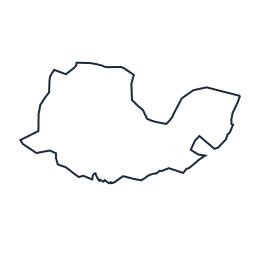 Kwami, Gombe, Nigeria (Mercator projection), rotated 12°
{"feature_id": "59680162B2944873791560", "entity_name": "Kwami", "entity_type": "district", "adm_level": 2, "iso_a3": "NGA", "parent_name": "Nigeria", "parent_adm1": "Gombe", "projection": "mercator", "projection_center": [11.234, 10.491], "detail": "fine", "context": "isolated", "style": "outline", "palette": "slate", "viewbox_px": 256, "rotation_deg": 12, "n_neighbors": 0, "source": "geoboundaries", "source_scale": "gbopen_adm2", "svg_char_len": 2125}
<svg xmlns="http://www.w3.org/2000/svg" viewBox="0 0 256 256"><g transform="rotate(12 128 128)"><path d="M230.3,73.3L226.8,73.2L223.3,73.0L218.2,72.8L210.0,72.5L203.7,72.2L196.5,71.9L184.1,77.4L174.4,87.9L169.7,104.6L169.1,107.7L167.0,112.4L164.8,115.7L164.5,116.1L164.4,116.1L156.8,116.2L155.7,116.3L152.8,116.2L149.2,115.9L144.8,115.0L138.9,107.4L132.6,104.0L126.1,99.8L122.1,84.0L122.4,79.0L122.7,74.9L119.7,73.6L111.6,70.3L108.5,69.8L94.5,72.9L92.3,73.0L89.9,72.3L83.5,72.1L77.8,72.3L64.1,74.8L64.4,77.6L62.6,80.6L56.1,88.3L43.7,86.5L42.1,90.6L41.1,93.8L41.3,97.5L43.4,109.6L40.6,115.4L37.4,123.7L37.7,133.2L41.0,149.6L25.2,162.2L28.4,165.5L43.6,171.5L56.2,166.3L62.8,167.7L63.7,172.2L66.9,178.2L75.5,179.4L85.7,184.3L88.3,185.4L90.1,186.2L94.3,184.0L103.6,185.8L103.7,185.4L103.5,182.5L103.6,181.3L103.9,180.6L104.4,179.9L105.6,179.1L106.1,180.2L108.8,183.7L109.2,184.1L109.9,184.7L110.9,185.6L111.4,184.4L113.4,185.2L114.3,185.5L114.9,185.7L115.1,185.6L115.9,183.9L116.2,184.1L116.3,184.2L116.6,184.2L116.9,184.3L117.0,184.4L117.1,184.5L117.5,184.6L117.8,184.7L118.0,184.7L118.1,184.8L118.6,185.0L118.8,185.1L119.0,185.2L119.2,185.3L119.4,185.3L119.5,185.4L119.8,185.5L120.0,185.5L120.4,185.7L120.6,185.8L120.8,185.9L121.0,185.9L121.4,185.9L121.5,185.8L121.6,185.7L122.0,185.6L122.0,185.4L122.4,185.1L122.5,185.2L122.6,185.3L122.8,185.2L123.0,185.2L122.9,184.8L123.2,184.9L123.3,185.0L123.6,184.9L123.7,185.1L123.8,185.2L124.1,184.9L125.6,184.3L126.6,183.3L133.1,176.2L136.0,176.2L143.7,176.6L151.8,176.4L154.8,173.6L156.8,171.3L158.1,170.0L161.4,167.9L164.8,166.6L165.1,166.7L167.0,164.4L168.0,163.2L168.3,163.2L169.5,163.3L176.3,158.8L189.0,160.2L191.4,160.5L193.1,157.0L193.6,155.9L196.1,154.4L199.4,150.4L204.0,144.3L207.0,141.1L209.2,139.0L202.2,139.3L193.9,136.3L196.2,126.3L199.5,121.0L208.9,126.1L216.9,130.4L220.3,128.3L226.1,118.9L226.2,118.7L226.4,116.3L226.6,113.8L226.6,113.6L227.3,113.1L228.4,111.4L228.9,109.3L229.0,108.5L230.1,103.0L228.4,102.6L227.2,97.8L227.4,94.7L227.1,93.1L227.4,90.7L228.5,86.2L229.9,80.4L230.3,77.5L230.8,73.8L230.3,73.3Z" fill="none" stroke="#1e293b" stroke-width="2"/></g></svg>